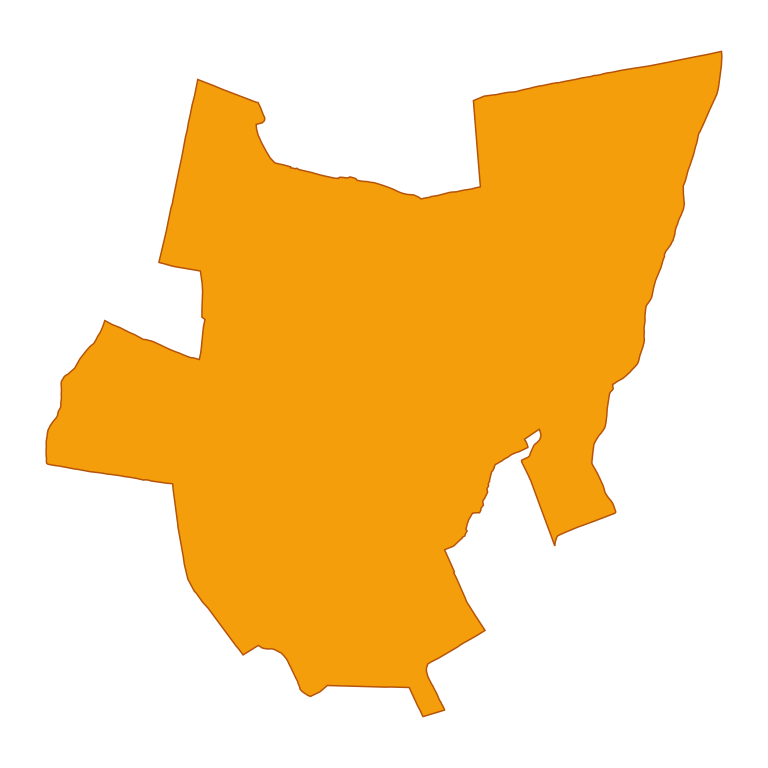 outline of Pogonesti, Vaslui, Romania
{"feature_id": "2599482B54891306865908", "entity_name": "Pogonesti", "entity_type": "district", "adm_level": 2, "iso_a3": "ROU", "parent_name": "Romania", "parent_adm1": "Vaslui", "projection": "orthographic", "projection_center": [27.531, 46.153], "detail": "fine", "context": "isolated", "style": "filled", "palette": "amber", "viewbox_px": 768, "rotation_deg": 0, "n_neighbors": 0, "source": "geoboundaries", "source_scale": "gbopen_adm2", "svg_char_len": 6036}
<svg xmlns="http://www.w3.org/2000/svg" viewBox="0 0 768 768"><path d="M243.1,654.9L258.2,645.5L258.7,645.6L261.9,647.8L263.9,648.4L266.2,648.8L268.5,649.0L271.5,648.8L273.4,649.1L275.8,650.2L279.8,652.3L280.8,652.6L283.0,654.8L285.3,657.5L286.4,658.8L287.6,660.9L288.8,663.6L290.2,666.2L295.9,678.2L297.7,681.6L298.1,683.5L299.4,686.4L300.2,689.4L302.3,691.7L307.9,695.4L310.5,696.4L320.0,691.8L327.3,685.5L384.7,687.1L391.0,687.0L409.2,687.5L417.6,705.7L420.3,710.8L422.4,715.5L423.0,716.6L444.5,710.1L444.6,709.8L442.4,705.2L441.8,704.4L440.8,702.0L439.8,700.7L439.1,699.2L436.9,693.9L434.0,688.5L433.0,686.3L431.4,683.7L428.3,677.6L427.4,675.0L426.7,672.3L426.4,670.4L426.4,668.1L427.2,665.9L427.7,664.1L431.1,661.9L438.3,658.3L457.2,647.2L460.7,644.7L464.1,642.7L476.9,635.5L485.0,630.4L475.0,615.0L466.8,602.0L464.7,596.9L456.5,578.2L453.7,572.7L454.4,572.0L454.2,571.3L444.6,549.8L446.1,549.1L453.2,546.3L455.1,544.7L460.8,539.2L461.9,538.6L462.5,537.2L464.8,536.0L465.5,533.6L467.1,531.0L465.9,529.3L467.3,523.9L468.8,519.6L472.5,513.2L477.1,512.7L479.5,512.8L480.8,510.4L480.9,508.6L482.5,506.1L483.4,505.3L482.7,501.2L484.7,498.1L487.6,492.3L486.9,488.6L488.2,486.7L488.6,485.5L488.2,484.1L489.0,482.2L489.6,481.3L489.6,479.8L491.6,471.9L492.9,470.5L493.5,468.9L494.3,468.0L494.2,467.1L495.3,464.5L496.6,463.9L502.3,460.6L504.1,459.2L508.5,456.8L510.1,455.5L512.2,454.2L515.8,452.7L519.0,451.7L526.7,448.0L527.9,447.5L527.8,446.5L526.8,443.5L525.7,441.1L524.6,439.9L524.5,439.3L528.2,436.7L537.0,430.7L539.2,429.2L539.5,429.5L540.6,433.2L541.0,435.9L539.8,439.5L538.7,440.8L536.7,442.9L535.1,444.0L534.0,445.3L533.0,447.3L530.5,452.9L529.5,455.9L528.1,457.2L521.6,460.2L521.7,462.0L528.1,474.9L531.0,481.3L540.3,506.7L552.1,538.5L554.8,546.0L555.1,542.9L555.9,539.7L556.9,536.9L557.4,536.1L558.7,535.3L566.0,532.0L577.4,527.3L594.9,520.9L614.9,513.2L615.8,512.0L614.0,506.5L612.7,503.3L611.2,501.1L607.4,496.4L605.5,493.3L604.7,491.4L603.9,488.0L603.0,485.4L597.6,473.7L592.4,464.6L591.9,463.4L591.9,462.0L592.7,453.8L593.8,445.1L594.1,443.9L594.9,442.2L597.6,437.6L599.2,435.2L601.0,433.2L603.1,430.4L604.3,428.5L605.2,426.4L605.9,422.9L606.8,415.7L607.2,408.6L609.3,395.0L609.8,393.1L610.6,391.9L612.3,390.1L613.2,388.9L612.6,384.3L613.8,383.9L617.7,381.2L622.7,378.5L625.5,376.2L630.0,372.1L631.7,370.1L634.9,366.8L637.0,364.4L637.9,362.9L638.6,361.1L639.9,355.5L642.7,347.6L643.8,343.4L644.3,340.9L644.3,338.5L644.0,336.8L644.3,331.2L644.0,328.3L644.3,325.8L644.7,323.3L645.1,320.0L644.9,316.5L645.5,310.5L645.9,307.1L646.5,305.4L649.9,300.6L651.0,298.7L651.8,296.8L652.3,294.5L653.7,287.5L655.5,280.7L660.0,269.8L660.8,268.2L663.1,259.9L664.5,256.5L664.4,254.9L664.6,254.0L666.0,251.0L667.7,248.9L671.1,244.1L671.6,242.6L672.6,241.2L673.3,239.6L673.6,238.1L674.9,234.2L675.0,232.1L675.8,228.3L676.5,226.3L677.4,224.6L678.5,220.7L679.8,217.6L681.3,214.8L681.7,213.3L683.4,209.4L684.3,204.0L683.4,193.5L683.3,187.6L683.1,186.0L683.8,184.8L685.0,181.8L685.7,179.7L687.6,172.1L688.8,168.3L689.8,165.9L690.4,164.2L691.2,161.6L693.6,154.5L695.5,146.7L696.9,142.6L698.5,134.3L699.1,133.0L700.0,131.6L701.7,127.8L703.3,124.5L709.8,109.5L716.8,94.4L718.0,89.8L718.6,86.6L720.8,70.2L721.5,64.4L721.6,60.6L721.9,56.7L721.5,51.4L707.7,54.4L691.1,57.6L661.7,63.5L648.9,66.0L634.2,68.2L621.9,70.2L611.3,72.4L606.7,73.0L603.1,73.9L600.1,74.8L595.8,75.5L594.4,75.4L590.5,76.6L582.1,77.9L575.1,79.5L565.7,81.2L558.3,82.8L556.7,82.7L555.2,83.1L552.7,83.4L541.5,85.8L539.3,86.0L533.1,87.4L529.5,88.4L523.2,89.7L516.2,91.6L514.4,91.9L507.7,92.4L498.4,94.1L496.3,94.7L493.6,94.9L484.3,96.1L473.4,100.6L476.9,144.4L480.4,186.9L476.6,187.6L471.4,189.0L463.4,190.2L456.4,191.8L451.6,192.1L449.2,192.5L437.0,195.7L431.4,196.5L429.8,197.2L424.1,198.2L421.9,198.8L421.0,198.8L420.0,198.3L419.3,197.5L414.3,195.1L412.8,194.8L407.9,194.5L404.7,193.9L401.0,192.8L397.8,191.5L394.1,189.6L387.5,187.0L379.6,184.3L374.2,182.7L369.4,182.1L367.8,181.6L363.6,181.4L361.3,181.1L357.1,180.3L355.8,178.6L353.1,177.7L349.8,176.9L348.5,177.7L347.3,178.0L343.8,177.5L340.3,177.2L338.9,177.6L338.7,177.8L338.5,178.4L334.8,178.2L322.8,175.6L314.5,173.4L312.9,172.8L298.5,169.5L297.6,168.6L296.9,168.3L296.1,168.4L295.2,168.7L294.4,168.6L293.0,168.1L290.5,167.8L290.3,167.7L290.6,166.8L283.5,164.9L277.7,163.6L274.7,162.8L270.2,158.0L266.3,151.5L261.5,142.6L258.0,134.7L256.5,128.8L256.2,124.4L262.1,122.9L264.4,120.7L264.8,118.3L264.6,117.5L263.2,114.6L260.5,107.6L258.1,102.6L256.1,102.2L222.1,89.2L214.5,86.0L197.8,79.5L194.5,95.9L192.2,104.6L190.2,114.9L188.6,121.7L187.2,130.0L185.5,136.9L181.6,158.1L179.0,170.0L174.0,194.7L172.2,204.1L171.0,207.8L166.2,231.5L158.9,262.4L173.4,266.4L200.4,271.0L202.2,283.7L202.6,291.9L202.0,307.4L201.9,317.2L205.0,319.4L203.4,327.1L201.9,341.8L201.6,345.4L200.7,353.1L199.3,359.5L193.5,357.9L190.5,357.6L188.0,356.7L182.0,354.3L179.4,353.1L175.9,351.9L170.6,349.8L153.8,341.9L151.0,340.9L145.7,339.6L145.0,339.5L143.5,339.5L134.7,334.7L128.7,332.1L120.1,327.7L112.1,324.5L105.9,321.1L104.7,320.6L104.3,322.2L102.4,327.5L100.2,332.5L97.8,336.1L96.6,338.7L93.8,343.5L90.5,346.0L87.0,349.8L80.0,358.7L74.7,368.2L67.4,374.6L66.6,374.8L65.0,375.9L63.9,377.2L61.6,381.1L61.2,382.6L61.1,383.9L61.4,387.8L61.4,392.3L61.2,393.6L61.4,396.9L61.3,399.3L60.8,403.0L60.9,405.7L60.7,406.8L60.1,408.4L59.1,410.0L58.3,411.6L58.0,412.8L57.6,415.1L56.9,416.8L55.4,418.9L54.6,419.7L52.6,422.2L50.5,425.2L48.0,430.2L47.4,433.3L47.1,436.1L46.7,438.2L46.5,440.0L46.3,440.7L46.2,442.9L46.3,447.2L46.1,450.6L46.2,455.9L46.5,458.7L46.4,461.8L46.6,463.1L47.5,464.0L48.3,464.3L56.0,465.7L58.5,465.9L74.7,469.0L78.0,469.4L90.3,471.7L100.6,472.9L107.8,474.1L111.4,474.5L120.9,475.8L124.6,476.6L128.9,477.1L136.5,478.4L143.9,480.1L144.5,479.8L147.7,480.0L151.5,481.0L166.6,483.2L172.2,483.7L172.7,484.1L172.9,484.5L172.8,485.0L173.1,488.9L177.8,524.6L177.9,526.7L183.2,556.3L184.4,564.7L187.9,579.2L194.3,591.2L196.4,593.3L202.5,602.0L204.7,604.5L208.0,608.0L236.1,646.0L238.4,648.6L243.1,654.9Z" fill="#f59e0b" stroke="#b45309" stroke-width="1.5"/></svg>